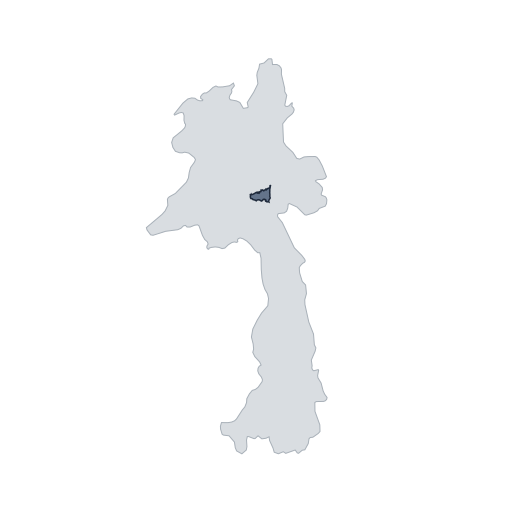 Pek, Xiangkhoang, Laos (highlighted), rotated 28°
{"feature_id": "54806243B64426060368946", "entity_name": "Pek", "entity_type": "district", "adm_level": 2, "iso_a3": "LAO", "parent_name": "Laos", "parent_adm1": "Xiangkhoang", "projection": "robinson", "projection_center": [103.256, 19.601], "detail": "fine", "context": "in_parent", "style": "filled", "palette": "slate", "viewbox_px": 512, "rotation_deg": 28, "n_neighbors": 0, "source": "geoboundaries", "source_scale": "gbopen_adm2", "svg_char_len": 6934}
<svg xmlns="http://www.w3.org/2000/svg" viewBox="0 0 512 512"><g transform="rotate(28 256 256)"><path d="M191.1,79.6L193.1,83.6L202.6,94.5L204.2,97.4L207.7,99.7L210.6,109.3L211.8,109.9L213.4,109.3L214.6,107.9L215.6,104.2L216.2,103.8L217.3,106.9L219.9,107.8L221.1,109.1L221.5,111.5L221.1,113.8L218.8,119.3L217.5,126.7L226.8,142.5L230.7,144.7L239.9,147.2L246.2,150.7L249.1,149.9L251.9,146.0L255.3,143.8L261.5,140.4L263.3,140.2L266.7,141.6L272.4,145.5L281.0,152.9L280.7,154.8L279.1,156.8L274.5,159.7L273.1,161.6L274.0,162.3L277.8,162.7L282.3,164.4L283.7,166.3L284.4,170.7L285.2,171.5L289.4,171.1L290.7,171.7L292.2,173.1L293.7,176.7L293.7,179.5L289.5,184.3L289.1,187.2L286.9,190.6L281.2,196.3L279.7,196.7L269.2,193.5L260.8,194.0L260.1,195.2L261.5,198.7L262.0,202.1L260.7,204.7L255.8,208.1L255.7,209.6L256.7,211.2L263.6,214.2L286.0,230.8L296.2,234.0L300.7,236.1L301.8,237.3L301.8,238.7L300.6,240.6L299.7,243.8L299.6,245.8L300.7,247.7L302.5,250.5L308.8,256.8L313.4,258.3L318.2,265.5L319.6,271.8L322.0,275.9L333.6,289.5L343.4,297.9L349.2,307.0L352.0,309.0L352.9,312.3L353.7,321.9L357.1,326.6L357.8,328.6L359.3,330.0L360.9,330.2L364.3,327.1L365.0,327.6L366.5,332.6L367.9,334.5L373.1,337.6L378.6,343.6L381.5,345.8L385.2,347.6L385.7,349.5L385.1,351.4L383.9,352.7L377.6,356.2L376.7,357.7L381.0,365.5L391.6,375.1L394.9,380.9L394.2,383.6L391.3,389.3L389.1,390.8L388.6,392.5L390.2,397.1L390.1,404.2L388.0,405.8L386.2,410.2L384.9,410.5L381.7,408.9L374.9,416.3L372.0,416.0L368.6,420.1L364.2,420.7L361.2,417.6L354.7,412.6L352.4,409.5L350.4,412.2L347.0,414.7L342.2,413.8L340.9,417.6L340.0,418.2L334.2,418.9L333.1,419.5L334.0,422.9L337.5,428.6L338.5,431.9L336.4,437.3L330.4,437.2L327.7,435.0L324.3,430.4L316.6,427.4L311.4,429.4L309.8,429.3L306.0,425.5L304.5,423.0L303.7,419.3L309.5,416.3L312.5,414.0L314.5,411.5L315.3,409.0L316.2,398.3L317.0,394.5L316.5,389.9L314.9,386.3L314.9,380.8L315.8,376.4L318.0,374.2L319.5,371.0L320.4,363.9L319.7,362.1L317.5,360.3L313.8,358.7L311.5,356.6L310.5,354.1L310.6,351.8L311.7,349.9L308.9,347.8L302.2,345.4L298.4,342.6L297.6,339.3L294.8,335.0L290.0,329.7L287.5,322.0L287.2,312.0L287.7,303.8L289.8,294.4L287.0,287.6L283.9,284.0L279.6,281.3L275.5,277.5L271.6,272.6L266.9,265.3L261.5,255.6L257.8,251.3L256.0,252.3L252.1,251.4L246.1,248.6L240.9,247.1L236.4,246.9L233.5,247.5L232.2,249.0L232.1,250.5L233.2,251.9L232.6,253.0L230.2,253.8L228.4,255.4L226.3,259.0L224.8,263.6L222.6,265.4L219.2,265.8L215.8,267.1L212.5,269.4L210.9,271.1L211.1,272.2L210.4,272.5L208.8,271.9L208.0,270.3L208.1,267.9L206.4,266.3L203.0,265.5L199.0,262.9L191.6,256.2L189.8,255.9L187.4,257.6L184.2,261.4L181.5,262.8L179.4,262.1L177.8,263.4L176.7,266.8L174.6,269.5L164.5,276.7L155.4,286.0L153.1,286.8L147.6,284.2L145.9,282.4L153.5,263.4L154.6,258.8L154.4,252.7L151.2,247.6L151.1,246.1L151.6,244.5L155.4,238.7L159.9,223.5L159.7,218.8L157.8,213.6L156.7,208.6L157.6,201.9L157.3,199.3L155.2,198.0L148.3,196.7L144.3,197.8L142.4,199.6L140.1,200.7L135.7,201.4L131.6,199.1L128.2,195.3L127.4,190.5L131.7,180.4L132.8,176.5L132.7,174.6L131.9,172.7L130.9,172.4L128.7,170.0L126.6,165.8L124.6,163.9L122.7,164.3L120.9,165.9L118.0,169.8L117.1,169.3L119.7,155.3L122.1,149.3L125.0,146.6L128.0,145.4L131.1,145.8L133.7,145.3L135.9,143.9L135.7,143.0L133.2,142.8L132.2,141.2L132.7,138.3L133.8,136.3L135.6,135.4L137.2,132.4L138.9,127.3L140.8,124.7L143.1,124.6L147.1,122.4L152.7,118.1L154.9,113.9L157.0,115.9L156.2,120.7L157.3,121.7L157.8,123.5L157.5,126.2L157.9,128.5L158.8,129.6L160.0,130.1L166.0,128.2L169.6,128.0L175.5,131.6L179.0,128.9L179.1,128.0L176.2,124.6L177.1,112.3L176.8,103.0L171.9,96.1L170.9,93.3L170.4,88.8L169.1,84.9L172.5,81.8L174.4,76.1L176.9,74.7L177.7,74.9L180.7,79.2L184.5,77.1L187.3,77.1L189.8,78.2L191.1,79.6Z" fill="#d9dde1" stroke="#a8b0b8" stroke-width="1"/><path d="M235.7,186.5L235.6,186.8L235.6,187.1L235.4,187.3L235.4,187.5L235.5,187.5L235.8,187.7L235.8,187.8L235.9,188.0L236.0,188.2L236.0,188.3L235.9,188.3L235.9,188.5L236.0,188.7L236.1,188.8L236.2,189.1L236.2,189.3L236.0,189.5L235.9,189.5L235.8,189.8L235.7,189.9L235.5,190.0L235.4,190.2L235.3,190.3L235.2,190.3L234.9,190.6L234.9,190.8L234.8,191.0L234.7,191.0L234.4,191.2L234.4,191.3L234.4,191.5L234.3,191.8L234.2,191.8L234.2,192.0L234.0,192.3L233.9,192.3L234.0,192.4L234.0,192.5L233.9,192.5L233.9,192.8L233.7,192.8L233.4,192.9L233.4,193.0L233.2,193.1L233.1,193.3L232.8,193.3L232.7,193.3L232.7,193.2L232.7,193.3L232.6,193.5L232.5,193.8L232.4,194.1L232.4,194.3L232.2,194.3L232.1,194.5L232.1,194.8L231.9,194.8L231.8,194.7L231.6,194.6L231.4,194.7L231.2,194.7L230.9,194.7L230.7,194.7L230.7,194.8L230.5,195.0L230.4,195.1L230.2,195.1L229.9,195.2L229.9,195.3L229.7,195.4L229.5,195.5L230.0,196.2L230.0,196.5L230.0,196.8L229.9,196.8L229.8,197.0L229.6,197.2L229.4,197.2L229.3,197.3L229.2,197.4L229.1,197.5L229.0,197.8L229.1,198.0L229.2,198.3L229.4,198.6L229.3,198.9L229.3,199.0L229.2,199.3L228.9,199.4L228.9,199.5L228.8,199.3L228.7,199.3L228.6,199.2L228.6,199.3L228.4,199.4L228.3,199.5L228.1,199.6L227.9,199.7L227.9,199.1L228.0,199.1L227.9,198.9L227.8,198.7L227.3,199.0L227.0,199.1L226.7,199.4L226.4,199.8L226.1,200.1L225.9,200.5L225.7,200.9L225.4,201.4L225.1,201.8L225.0,202.0L224.9,202.2L224.8,202.3L224.5,202.7L224.2,203.1L223.7,203.6L223.3,203.8L223.1,203.9L222.9,204.0L222.8,203.9L222.8,204.0L222.5,204.1L222.3,204.3L222.2,204.4L222.1,204.5L221.9,204.6L221.7,204.8L222.0,204.7L222.3,204.8L222.6,204.9L222.8,204.9L222.8,205.1L222.8,205.4L222.9,205.6L222.9,205.9L223.1,206.1L223.3,206.4L223.4,206.6L223.5,206.7L223.6,206.9L223.8,207.2L224.0,207.3L224.3,207.5L224.6,207.7L224.8,207.6L225.2,207.4L225.4,207.4L226.0,207.2L226.3,207.3L226.5,207.4L226.7,207.6L227.0,207.5L227.3,207.5L227.6,207.4L228.1,207.3L228.3,207.2L228.6,207.2L228.8,207.1L229.2,207.0L229.6,207.1L230.0,207.2L230.4,207.1L230.4,206.9L230.5,206.7L230.5,206.4L230.8,206.0L230.9,205.8L231.0,205.7L231.6,205.4L231.9,205.1L232.0,205.0L232.5,205.0L232.7,204.9L232.8,204.8L233.0,204.9L233.5,204.8L233.8,204.9L234.1,204.9L234.3,204.9L234.6,205.0L234.9,205.0L235.1,204.9L235.3,204.7L235.3,204.4L235.3,204.2L235.6,203.9L235.8,203.5L235.8,203.2L235.7,203.0L235.7,202.8L235.8,202.7L236.1,202.4L236.3,202.2L236.6,202.0L236.9,201.9L237.1,201.9L237.3,201.9L237.4,202.1L237.7,201.9L237.8,202.0L238.3,202.0L238.5,202.0L238.7,202.3L238.8,202.6L238.7,202.8L238.7,203.0L238.9,203.1L239.2,203.0L239.5,203.0L240.1,203.1L240.4,203.0L240.7,202.8L240.8,202.7L241.0,202.6L241.4,202.4L241.6,202.3L241.8,202.2L242.0,202.2L241.9,202.1L241.7,201.9L241.5,201.5L241.4,201.3L241.3,200.9L241.2,200.6L241.2,200.4L241.2,200.2L241.2,199.6L241.3,199.0L241.3,198.7L241.3,198.4L241.3,198.2L240.9,197.6L240.6,197.3L240.2,197.0L240.0,196.4L239.2,194.9L239.1,194.7L238.7,194.2L238.4,193.7L238.2,193.4L238.2,193.2L238.0,192.8L237.9,192.6L237.8,192.4L237.7,192.2L237.5,191.9L237.4,191.6L237.2,191.3L237.1,191.1L236.8,190.5L236.7,190.0L236.5,189.4L236.4,189.2L236.2,188.4L236.1,188.2L236.0,187.9L235.9,187.7L235.7,186.5Z" fill="#64748b" stroke="#1e293b" stroke-width="1.5"/></g></svg>